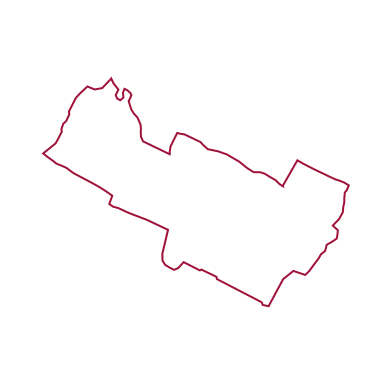 outline of Ak Bugday, Ahal, Turkmenistan, rotated 117°
{"feature_id": "10190150B31923585689840", "entity_name": "Ak Bugday", "entity_type": "district", "adm_level": 2, "iso_a3": "TKM", "parent_name": "Turkmenistan", "parent_adm1": "Ahal", "projection": "mercator", "projection_center": [58.565, 38.864], "detail": "fine", "context": "isolated", "style": "outline", "palette": "rose", "viewbox_px": 384, "rotation_deg": 117, "n_neighbors": 0, "source": "geoboundaries", "source_scale": "gbopen_adm2", "svg_char_len": 2416}
<svg xmlns="http://www.w3.org/2000/svg" viewBox="0 0 384 384"><g transform="rotate(117 192 192)"><path d="M213.8,53.2L209.0,51.6L200.3,50.2L194.2,49.1L188.9,48.8L188.7,48.7L185.6,47.3L184.0,46.6L177.9,48.0L171.7,44.0L167.7,41.9L164.7,42.8L164.1,43.0L160.6,44.4L159.8,44.8L159.7,44.9L159.2,47.1L158.9,48.1L158.0,51.3L154.3,50.2L149.6,48.7L141.7,48.4L136.2,50.6L133.0,51.3L131.6,51.9L130.5,52.4L128.3,53.5L123.4,55.5L123.2,55.6L122.6,55.5L120.3,54.9L114.9,55.3L114.8,56.5L114.7,58.0L114.5,60.7L114.7,63.1L114.9,65.4L115.5,69.2L115.6,69.4L115.9,75.9L115.9,76.2L116.3,93.7L116.3,103.8L116.2,106.9L116.0,111.9L115.9,112.5L116.2,112.5L145.3,113.9L145.6,113.6L145.6,113.9L145.3,117.2L143.5,123.0L143.2,129.3L143.1,130.6L142.7,135.3L143.3,139.5L143.5,140.4L146.3,146.0L146.2,147.8L145.6,153.8L143.5,163.9L143.0,173.3L142.7,177.7L142.7,178.0L143.9,187.1L146.7,197.5L146.5,197.9L145.0,203.5L143.6,207.2L143.7,209.0L143.9,218.6L144.1,224.8L144.8,226.9L145.6,229.7L146.1,231.8L146.2,232.0L161.3,231.8L162.1,231.5L166.1,230.2L168.4,229.0L168.5,230.0L169.1,258.7L166.7,261.6L165.9,262.6L161.3,265.2L159.4,265.9L156.9,267.4L155.5,268.2L150.4,274.4L148.9,278.4L148.5,279.5L146.4,282.9L145.7,283.9L140.1,289.4L139.7,289.7L137.2,289.7L136.5,289.7L133.2,290.0L133.0,290.3L131.9,291.7L131.8,291.8L130.7,295.8L130.7,299.0L130.8,299.0L134.8,298.6L135.3,298.3L139.0,296.0L142.8,297.6L142.7,301.1L140.4,303.9L134.5,304.1L134.1,304.1L131.0,310.9L130.9,311.1L130.2,312.0L127.6,315.5L127.8,315.5L131.6,316.6L140.2,319.2L144.8,325.2L145.5,333.1L155.2,336.6L161.0,338.2L176.3,338.2L178.4,336.6L185.8,336.3L189.8,337.7L195.6,336.8L197.2,335.4L205.5,335.4L210.6,335.6L217.6,338.7L224.1,341.6L225.2,342.1L226.4,336.3L227.5,329.1L228.2,326.2L228.2,325.4L227.8,320.3L227.5,315.0L228.6,308.6L228.9,306.6L229.0,306.0L229.3,287.1L229.4,282.9L229.7,276.2L230.4,269.0L231.5,261.4L231.8,261.3L240.2,260.3L240.9,255.6L239.8,250.5L239.4,239.6L238.7,232.4L238.0,226.2L237.3,219.7L236.9,206.9L236.6,196.2L236.9,196.1L257.6,191.1L260.5,190.4L266.6,187.1L269.1,182.8L269.2,182.0L269.5,177.7L269.5,173.7L269.5,172.6L269.0,172.2L266.8,170.4L265.9,169.7L258.3,167.6L258.3,149.4L257.2,148.6L256.8,148.4L256.8,148.1L256.7,141.3L256.5,134.3L256.5,132.2L256.5,131.7L258.3,130.2L258.6,81.0L258.6,79.9L260.5,77.7L259.7,74.5L259.0,71.9L258.7,71.9L236.4,71.4L228.2,71.2L216.3,65.8L215.5,60.2L214.5,53.5L213.8,53.2Z" fill="none" stroke="#9f1239" stroke-width="2"/></g></svg>